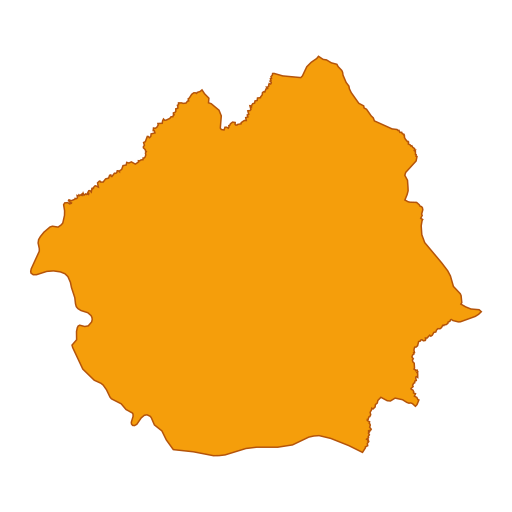 outline of Tan Sum, Ubon Ratchathani, Thailand
{"feature_id": "78962969B64880163608761", "entity_name": "Tan Sum", "entity_type": "district", "adm_level": 2, "iso_a3": "THA", "parent_name": "Thailand", "parent_adm1": "Ubon Ratchathani", "projection": "mercator", "projection_center": [105.162, 15.397], "detail": "fine", "context": "isolated", "style": "filled", "palette": "amber", "viewbox_px": 512, "rotation_deg": 0, "n_neighbors": 0, "source": "geoboundaries", "source_scale": "gbopen_adm2", "svg_char_len": 5987}
<svg xmlns="http://www.w3.org/2000/svg" viewBox="0 0 512 512"><path d="M173.3,449.6L193.5,451.8L213.5,455.7L219.1,455.6L225.1,454.9L245.9,448.5L256.6,447.2L277.7,447.2L292.5,444.9L308.8,437.1L313.8,436.0L319.1,435.6L330.7,438.4L348.8,445.6L362.5,452.4L365.4,447.9L365.4,446.9L367.7,445.7L367.3,443.4L368.7,441.7L367.8,441.1L368.4,440.3L367.3,439.7L368.1,439.4L368.0,439.0L367.1,438.8L368.6,437.7L368.2,436.4L369.4,434.8L368.4,433.1L369.0,432.6L368.7,431.6L369.6,431.6L369.9,431.0L369.2,430.5L370.7,430.1L371.2,429.2L369.6,427.2L370.2,425.6L370.1,424.3L369.2,423.2L369.6,421.8L367.3,420.5L367.3,419.4L368.2,419.3L368.8,417.0L369.8,416.6L370.7,414.7L370.1,412.3L371.4,410.1L371.8,408.2L373.0,409.0L375.1,407.0L375.4,404.6L377.3,403.0L377.8,400.5L380.9,397.3L387.2,400.7L390.4,401.0L395.1,398.1L402.5,399.7L406.8,402.4L409.0,403.2L410.4,402.9L412.3,403.5L415.4,406.3L417.0,404.6L418.9,400.0L417.9,399.6L416.8,397.4L414.4,396.2L415.5,393.7L413.5,393.0L413.7,391.6L412.8,390.0L411.3,389.4L411.0,388.5L413.1,386.6L412.6,385.2L413.6,383.3L414.7,382.8L414.8,381.1L416.3,380.5L415.7,378.0L416.0,376.8L416.6,376.6L417.7,377.4L417.7,373.6L416.9,372.5L417.9,371.9L417.0,370.0L415.7,370.7L415.3,369.8L414.0,369.1L414.5,367.9L414.2,363.2L412.8,361.8L412.4,359.9L413.3,358.8L411.9,356.9L412.7,354.8L414.0,353.9L413.6,352.7L414.5,352.5L413.9,350.1L414.6,347.2L416.2,347.0L417.6,345.7L418.6,341.6L420.4,341.0L420.6,340.2L421.9,339.7L423.4,340.8L425.2,340.5L425.7,339.7L425.4,338.0L427.0,338.1L429.7,335.2L430.8,336.2L432.3,335.2L433.8,332.4L435.8,332.0L436.5,330.1L437.8,328.7L440.1,328.7L441.5,327.6L442.7,325.3L443.8,325.6L444.1,324.9L446.2,324.6L447.9,323.3L448.0,322.2L449.9,321.3L450.6,319.7L451.4,319.5L452.8,320.5L458.3,321.9L460.4,321.8L475.3,316.4L478.6,314.3L481.3,311.7L479.1,309.7L470.9,309.0L465.5,306.8L460.9,304.1L461.8,302.6L461.1,295.7L460.3,293.8L453.4,286.4L450.4,275.9L447.7,270.8L441.7,262.9L424.7,242.6L421.8,234.7L421.2,225.8L422.1,220.5L422.7,219.5L420.7,218.3L422.2,215.4L421.6,214.1L422.8,209.8L422.4,207.7L421.5,206.6L420.2,206.3L419.2,204.7L416.6,202.4L410.0,202.2L408.0,201.7L404.9,200.0L407.1,194.6L408.1,190.8L408.0,187.6L407.5,180.3L404.8,175.3L405.7,172.4L416.1,161.0L417.0,156.5L416.0,156.2L416.2,154.7L415.5,154.4L415.4,151.3L414.8,151.0L415.4,150.1L414.4,150.0L414.8,149.5L414.5,148.5L412.8,147.4L411.8,145.7L410.9,146.0L410.0,144.7L408.3,144.0L408.6,142.1L408.0,141.4L407.4,141.6L405.2,138.9L404.4,137.2L404.5,135.9L404.0,135.5L404.1,134.4L402.2,133.6L401.7,132.3L399.9,132.4L398.9,130.3L398.0,130.5L397.0,129.5L392.1,128.9L374.4,120.9L373.3,117.9L371.1,115.8L366.5,109.2L364.1,108.0L363.7,105.9L358.8,103.3L351.2,92.6L349.4,88.8L348.9,86.1L346.1,82.4L343.0,75.1L342.6,72.3L341.8,70.5L338.1,66.6L336.9,64.3L331.3,62.8L326.5,59.9L323.1,59.4L318.5,56.3L316.7,58.5L311.2,62.3L306.8,66.7L302.4,76.0L300.8,77.6L282.7,75.9L274.0,73.4L272.6,73.5L272.3,75.3L271.0,76.6L271.5,78.3L270.4,78.7L271.0,80.6L270.0,81.1L271.3,82.4L271.0,83.7L270.4,84.1L269.2,83.5L268.6,85.2L268.8,86.1L267.8,87.0L266.5,87.1L267.5,88.5L266.0,88.9L264.8,92.0L264.0,91.6L262.5,92.5L262.2,94.9L260.6,96.9L260.5,97.7L257.5,98.0L257.2,100.5L255.0,100.9L254.6,103.1L252.7,103.7L251.6,105.5L251.5,106.8L250.7,105.8L249.9,105.7L250.9,109.6L250.1,110.5L247.8,110.8L248.7,114.3L247.2,115.0L247.9,116.9L245.7,117.6L246.3,120.5L244.3,120.5L241.2,122.6L241.1,123.8L237.3,124.5L237.0,125.1L235.8,125.1L235.1,124.4L235.2,122.5L232.6,122.1L230.4,123.8L229.9,125.1L228.8,125.6L229.0,126.9L228.3,128.2L226.7,127.2L225.0,127.2L224.0,130.0L221.3,129.5L220.3,128.1L221.3,115.9L219.0,110.2L211.2,103.7L208.5,102.8L208.9,98.2L204.6,93.8L202.0,89.9L200.1,91.5L197.2,92.4L196.6,93.4L195.4,92.8L193.8,92.8L191.7,94.3L189.2,98.2L188.2,98.8L188.6,100.9L187.5,101.1L186.0,103.1L183.1,103.4L181.7,102.9L178.5,102.9L178.5,104.7L177.4,105.3L177.9,106.9L177.7,108.3L175.8,108.8L175.8,111.4L174.8,112.5L173.4,112.9L173.4,114.3L174.1,114.8L173.1,115.8L172.9,116.7L171.0,116.8L169.8,118.4L166.2,120.1L164.7,120.3L163.5,119.0L162.6,120.8L162.2,123.3L157.9,123.5L158.2,125.1L156.8,127.3L155.3,128.3L153.5,128.0L153.2,130.6L154.2,130.6L155.0,132.9L151.1,133.9L150.8,136.4L149.5,137.7L148.1,136.4L147.3,136.4L145.3,141.7L143.6,142.5L144.4,145.3L143.4,146.7L143.4,147.8L145.3,149.7L145.5,151.1L146.3,151.5L145.4,153.1L145.8,154.9L145.1,157.0L144.2,158.0L143.1,158.0L143.0,159.7L141.0,159.9L139.7,160.8L138.4,160.7L138.5,162.0L135.3,164.1L131.4,161.9L128.9,163.0L126.7,162.4L126.2,165.0L123.0,165.6L121.7,169.4L119.5,170.9L119.5,171.8L118.1,170.7L117.2,170.8L116.8,172.6L115.8,173.3L114.4,173.2L111.9,176.6L111.2,176.4L110.8,174.9L109.6,175.3L108.6,178.1L105.6,178.9L103.1,182.1L100.6,182.1L100.0,181.1L99.4,181.1L97.5,182.9L98.4,187.1L95.7,185.8L94.8,186.0L92.9,188.2L91.9,188.4L91.9,188.9L92.6,188.9L91.7,189.7L91.3,192.1L89.9,190.6L88.8,190.7L87.6,193.0L88.8,193.4L88.5,194.5L87.4,194.1L86.4,194.5L85.7,193.9L84.0,195.2L83.1,193.1L82.2,195.5L81.8,195.4L81.8,194.1L79.6,195.7L78.9,194.8L78.1,195.9L77.1,195.5L77.5,197.8L76.3,198.7L75.1,198.4L74.9,199.2L71.3,200.7L69.0,199.8L68.5,200.4L68.9,201.1L69.8,201.5L70.0,202.5L71.5,202.9L71.4,203.3L69.6,203.9L67.8,202.6L64.7,202.9L63.6,204.7L64.6,210.8L64.5,215.4L62.8,223.0L61.2,224.9L58.1,227.1L52.4,226.2L50.0,227.0L44.0,232.1L40.5,236.4L38.6,239.6L38.1,243.0L39.3,248.6L39.3,251.2L31.2,268.9L30.7,271.4L31.0,273.1L33.2,274.7L36.5,274.7L46.8,271.4L53.5,270.9L60.4,271.9L64.9,273.7L67.9,276.6L70.4,282.3L71.5,287.6L74.8,297.7L75.5,303.8L76.3,306.7L77.9,308.6L80.9,310.5L87.8,312.7L91.1,315.6L92.0,317.7L92.2,319.6L91.6,322.0L88.2,325.9L84.7,326.5L79.7,325.2L78.2,326.0L77.3,327.7L76.5,331.5L76.6,339.8L72.0,345.1L72.7,347.6L82.8,369.1L94.2,380.2L101.0,383.3L103.2,385.1L106.5,389.8L110.0,397.1L111.4,398.8L121.2,403.8L126.0,409.5L132.5,413.1L133.0,414.1L133.1,416.3L131.3,422.3L131.5,424.0L132.6,425.4L134.5,425.6L136.8,424.3L141.2,417.9L144.3,415.3L147.0,414.8L150.2,416.3L151.3,417.7L154.4,424.9L161.9,430.9L166.3,439.9L173.3,449.6Z" fill="#f59e0b" stroke="#b45309" stroke-width="1.5"/></svg>